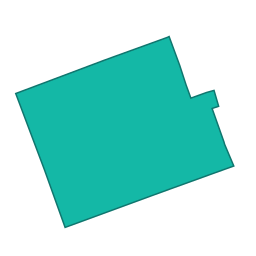 the district of El Paso, Colorado, United States of America, rotated 160°
{"feature_id": "52423323B48011396313481", "entity_name": "El Paso", "entity_type": "district", "adm_level": 2, "iso_a3": "USA", "parent_name": "United States of America", "parent_adm1": "Colorado", "projection": "albers", "projection_center": [-104.738, 38.825], "detail": "fine", "context": "isolated", "style": "filled", "palette": "teal", "viewbox_px": 256, "rotation_deg": 160, "n_neighbors": 0, "source": "geoboundaries", "source_scale": "gbopen_adm2", "svg_char_len": 403}
<svg xmlns="http://www.w3.org/2000/svg" viewBox="0 0 256 256"><g transform="rotate(160 128 128)"><path d="M221.7,198.8L220.8,117.2L221.1,56.1L129.7,56.3L109.4,56.3L67.0,56.2L41.6,56.1L42.8,79.7L42.6,82.1L42.3,117.6L35.4,117.4L34.3,133.9L41.9,134.5L58.7,134.6L58.7,148.7L58.0,169.2L58.1,199.9L59.7,199.7L115.4,199.8L127.1,199.8L221.7,198.8Z" fill="#14b8a6" stroke="#0f766e" stroke-width="1.5"/></g></svg>